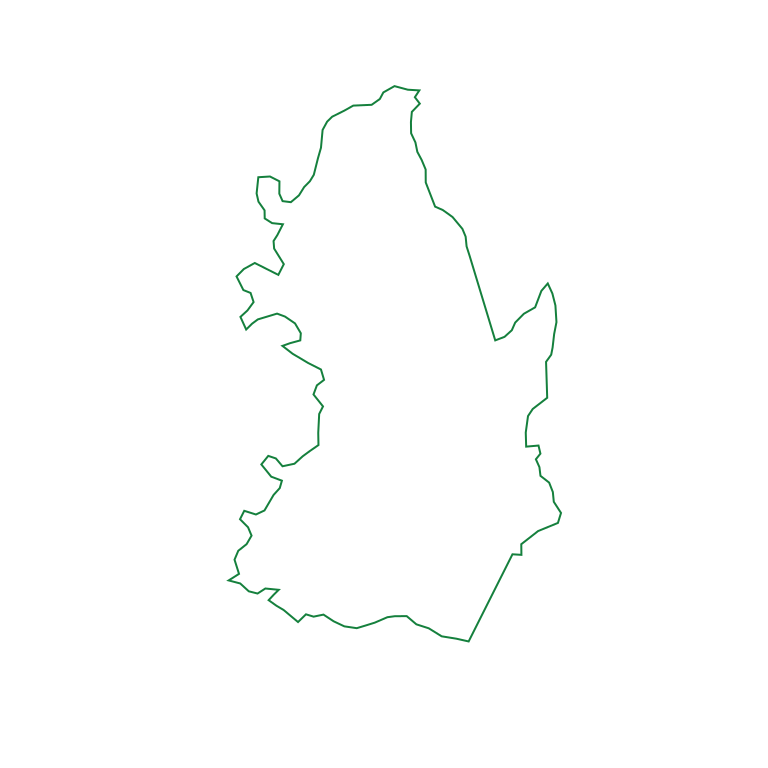 the district of Kaloré, Paraná, Brazil, rotated 129°
{"feature_id": "56859067B74207450909623", "entity_name": "Kaloré", "entity_type": "district", "adm_level": 2, "iso_a3": "BRA", "parent_name": "Brazil", "parent_adm1": "Paraná", "projection": "robinson", "projection_center": [-51.69, -23.863], "detail": "fine", "context": "isolated", "style": "outline", "palette": "green", "viewbox_px": 768, "rotation_deg": 129, "n_neighbors": 0, "source": "geoboundaries", "source_scale": "gbopen_adm2", "svg_char_len": 2110}
<svg xmlns="http://www.w3.org/2000/svg" viewBox="0 0 768 768"><g transform="rotate(129 384 384)"><path d="M634.4,381.1L629.5,370.2L630.2,358.6L626.4,350.4L617.6,347.5L610.2,336.3L617.2,337.1L624.6,337.6L624.0,328.0L622.8,319.8L623.1,301.0L612.1,299.7L609.1,292.3L601.3,285.9L600.1,273.8L597.3,262.3L590.9,251.5L583.1,246.2L575.3,241.0L563.1,234.6L557.8,229.6L550.1,220.3L550.4,207.6L545.7,195.5L543.8,180.4L536.4,167.5L530.8,156.2L435.5,177.0L430.3,169.7L422.1,176.5L401.3,171.7L382.5,161.4L372.8,165.3L368.7,177.9L361.7,184.8L356.7,193.6L356.9,204.6L350.8,210.9L346.9,218.6L339.7,218.6L334.6,225.2L343.2,234.1L332.5,243.3L318.3,251.9L309.8,252.7L292.0,248.5L264.8,272.0L256.0,272.5L249.6,275.9L238.1,283.2L227.4,288.9L215.1,300.2L207.7,310.1L202.8,320.0L212.6,320.3L229.3,314.8L241.4,319.5L253.7,320.7L261.8,318.5L271.5,320.0L280.1,325.0L230.4,398.3L225.1,406.4L218.1,413.3L214.1,420.7L211.1,435.8L211.8,447.8L214.0,455.9L201.1,478.4L191.1,486.6L186.2,495.7L182.6,504.2L176.5,511.6L172.1,520.7L163.5,527.9L155.0,533.6L143.6,532.6L141.7,540.5L133.6,541.3L140.3,550.7L145.9,563.3L157.8,568.0L165.1,566.6L174.8,569.3L187.0,583.1L196.6,586.9L208.9,592.5L215.9,593.3L225.2,591.6L240.0,581.7L250.1,577.4L265.6,570.2L273.1,569.2L281.2,570.0L290.9,568.8L301.3,570.8L305.7,577.9L302.0,585.1L292.3,592.8L294.5,603.2L302.4,611.8L316.1,602.9L321.3,596.3L324.2,586.1L330.4,580.9L329.4,572.2L323.5,563.1L335.4,560.6L342.4,559.8L347.9,554.6L353.9,537.3L365.7,534.8L371.3,560.6L382.9,565.3L393.2,566.3L399.5,552.4L397.2,545.0L402.4,536.9L412.8,536.4L422.2,537.8L428.4,525.4L420.2,524.5L413.2,522.7L396.6,511.4L393.9,503.4L392.9,491.3L396.9,480.6L402.8,476.5L411.4,482.7L418.3,486.9L418.0,474.0L415.4,456.1L412.4,442.1L418.5,433.2L427.3,435.3L436.5,432.2L439.8,417.3L448.1,415.5L463.3,404.4L472.7,396.5L482.9,399.5L491.4,401.7L502.3,403.4L511.8,411.1L509.9,421.2L512.7,428.7L523.7,428.7L527.0,413.3L523.4,402.5L530.5,399.5L539.7,400.0L557.5,397.3L566.0,401.4L570.5,412.8L579.7,410.8L580.9,399.5L585.2,391.5L594.9,390.0L605.3,392.3L614.6,389.6L622.8,377.2L634.4,381.1Z" fill="none" stroke="#15803d" stroke-width="2"/></g></svg>